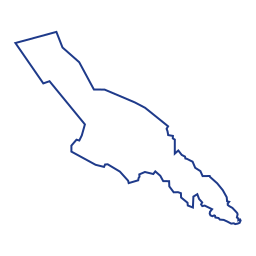 Peshku, Bukhoro, Uzbekistan
{"feature_id": "79887680B78868749126062", "entity_name": "Peshku", "entity_type": "district", "adm_level": 2, "iso_a3": "UZB", "parent_name": "Uzbekistan", "parent_adm1": "Bukhoro", "projection": "mercator", "projection_center": [63.754, 40.677], "detail": "fine", "context": "isolated", "style": "outline", "palette": "blue", "viewbox_px": 256, "rotation_deg": 0, "n_neighbors": 0, "source": "geoboundaries", "source_scale": "gbopen_adm2", "svg_char_len": 1329}
<svg xmlns="http://www.w3.org/2000/svg" viewBox="0 0 256 256"><path d="M192.9,207.5L193.4,196.6L197.3,194.2L199.1,199.0L202.2,202.4L201.1,204.4L202.3,206.1L204.7,205.6L212.1,209.2L210.0,211.8L209.7,213.7L210.5,215.4L212.5,216.2L214.2,215.4L215.0,215.8L215.4,217.5L218.5,218.0L219.9,219.6L223.7,219.9L227.4,221.6L231.2,223.6L233.8,223.3L235.2,224.1L237.7,223.6L239.6,222.8L240.6,220.5L240.1,219.5L238.3,220.3L238.3,218.4L236.9,217.5L237.6,214.3L237.2,213.1L236.0,211.7L232.4,207.9L229.2,206.1L227.8,205.0L227.7,203.6L229.1,201.8L227.1,201.3L226.7,197.2L222.8,190.2L217.2,183.3L210.0,176.9L209.7,176.0L202.6,176.1L200.4,171.1L195.2,167.8L192.6,161.7L186.8,158.8L185.4,158.5L185.0,156.6L181.7,154.9L178.3,150.5L174.8,153.6L174.8,139.6L172.8,138.4L172.9,135.9L168.2,135.1L167.5,131.2L166.6,128.8L168.1,126.3L145.1,107.8L134.8,102.4L104.6,89.6L93.9,89.5L79.2,62.2L62.5,47.5L56.4,31.9L15.4,43.0L43.3,83.4L49.5,81.2L84.9,124.4L81.8,135.4L79.3,140.5L76.5,139.7L71.4,145.6L71.4,151.6L95.6,164.8L104.0,166.9L105.1,164.5L107.7,164.3L119.9,171.6L128.1,180.7L128.7,183.1L138.2,180.3L138.6,178.0L139.5,176.7L139.3,174.4L144.9,172.0L153.3,174.0L155.3,171.4L160.3,175.8L163.2,181.1L169.1,181.2L169.3,186.4L173.7,192.3L178.1,192.2L180.9,193.2L181.1,197.5L187.5,202.7L187.8,205.5L192.9,207.5Z" fill="none" stroke="#1e3a8a" stroke-width="2"/></svg>